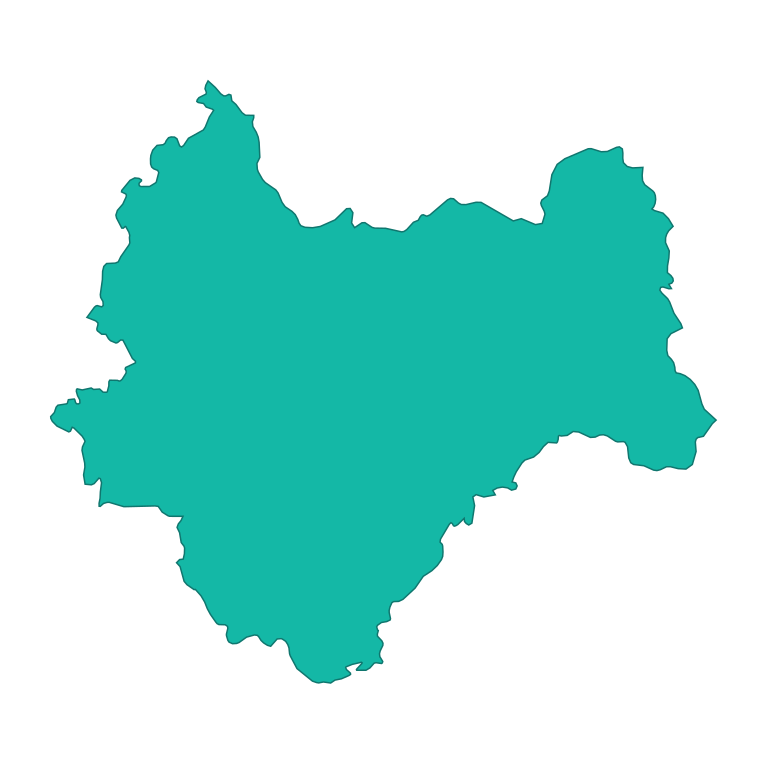 the Region of Bryansk, rotated 181°
{"feature_id": "RUS-2342", "entity_name": "Bryansk", "entity_type": "Region", "adm_level": 1, "iso_a3": "RUS", "parent_name": "Russia", "parent_adm1": "", "projection": "orthographic", "projection_center": [33.801, 52.93], "detail": "fine", "context": "isolated", "style": "filled", "palette": "teal", "viewbox_px": 768, "rotation_deg": 181, "n_neighbors": 0, "source": "natural_earth", "source_scale": "10m", "svg_char_len": 6119}
<svg xmlns="http://www.w3.org/2000/svg" viewBox="0 0 768 768"><g transform="rotate(181 384 384)"><path d="M290.0,275.0L293.2,272.6L291.3,264.0L293.7,246.4L296.8,244.5L299.3,245.9L301.1,247.9L301.5,251.1L307.8,244.7L309.8,243.5L311.3,243.1L312.1,243.6L313.3,245.7L314.7,246.5L316.3,244.8L324.8,229.9L325.2,226.9L323.0,224.7L322.5,223.0L322.1,217.0L322.3,212.7L323.5,209.4L327.6,203.4L332.9,198.2L341.4,192.4L349.4,180.4L361.3,169.0L365.5,166.9L370.6,166.6L372.3,165.5L374.2,161.0L374.9,157.6L374.8,155.5L373.4,149.5L373.7,148.2L377.1,146.5L382.4,145.5L386.2,142.7L387.1,141.1L386.2,138.1L385.4,137.4L386.3,133.8L386.1,131.7L381.7,127.2L380.5,124.8L380.6,122.6L383.2,116.9L383.8,114.2L383.4,111.3L380.4,106.5L380.8,105.1L381.6,104.5L387.1,105.2L389.0,104.7L393.1,99.9L397.0,97.5L406.3,97.3L406.6,97.9L406.2,98.6L401.3,104.1L401.1,105.0L401.8,105.4L410.9,103.1L417.1,100.5L417.4,99.8L416.6,97.9L412.5,94.3L412.4,93.0L414.0,91.9L421.4,88.5L427.8,87.1L432.1,84.1L439.4,85.0L444.0,84.0L446.2,84.3L450.4,85.7L466.0,97.9L473.0,110.6L473.7,112.6L474.4,118.5L475.7,121.9L477.8,125.0L481.0,127.1L482.3,127.6L486.4,127.2L492.7,119.8L496.0,120.7L499.8,123.0L502.5,125.5L504.9,129.2L506.3,130.5L509.2,130.8L517.0,128.5L524.4,123.0L526.9,122.0L530.9,121.7L534.4,123.2L535.6,124.9L537.1,129.6L537.2,131.1L535.9,136.9L536.2,138.9L538.5,140.5L544.9,140.6L546.7,141.5L548.0,143.0L553.4,150.4L556.7,156.2L559.5,162.9L563.3,169.1L569.0,175.3L570.3,175.1L577.5,179.9L580.4,183.2L584.7,197.9L588.3,201.7L585.3,204.9L581.7,205.4L580.6,210.7L580.5,216.5L581.1,218.3L584.0,222.0L585.8,231.8L588.4,237.0L587.2,240.5L584.5,244.0L582.7,248.2L596.1,248.0L597.7,248.5L603.5,252.0L607.6,257.7L610.8,258.1L642.0,256.8L656.7,260.9L658.8,260.8L662.3,259.7L665.6,256.7L666.7,256.8L666.8,259.8L665.9,264.7L665.7,271.3L664.7,280.4L666.0,284.4L667.4,284.9L672.0,279.4L674.8,278.1L681.1,278.6L682.8,287.8L681.6,295.7L681.9,299.8L684.8,312.4L684.4,315.8L681.9,321.5L682.9,323.6L684.9,326.6L693.3,334.6L695.0,335.3L696.7,331.4L698.3,330.6L710.2,336.2L714.9,340.8L716.5,343.8L716.7,345.6L713.1,349.7L711.4,355.1L709.7,357.1L701.1,358.6L700.3,359.1L699.3,362.8L693.4,363.6L692.9,363.0L692.1,360.2L691.1,358.9L689.2,358.7L687.7,359.7L687.9,362.8L690.2,367.0L691.5,371.3L691.3,373.2L690.7,373.8L685.6,372.8L676.7,374.9L674.3,373.5L668.2,374.0L664.7,370.9L661.1,370.9L660.5,371.6L659.1,377.3L659.1,381.4L658.3,383.0L650.7,383.0L648.8,382.3L647.5,382.7L645.9,384.1L642.1,390.4L642.0,392.6L643.1,394.4L642.6,396.0L632.9,400.8L632.9,402.4L636.0,405.1L645.8,423.3L648.1,423.4L651.1,420.8L652.7,420.3L658.2,422.5L660.2,424.4L662.9,428.8L667.2,428.9L671.4,432.1L672.0,433.1L672.0,434.6L671.1,438.1L671.1,440.1L673.4,442.1L682.2,445.4L674.9,455.7L673.4,457.0L672.1,457.4L667.6,456.2L666.1,457.6L666.4,461.5L668.8,465.6L669.2,468.4L667.4,483.3L667.3,491.8L666.2,496.7L663.5,499.6L654.7,500.2L651.8,501.5L649.4,506.7L641.5,518.5L640.6,520.6L641.1,525.9L640.8,528.2L641.7,531.3L644.9,536.8L645.5,537.0L647.3,535.3L648.9,535.3L654.3,545.3L655.0,548.2L653.6,552.9L648.3,559.3L645.1,566.5L644.9,568.4L645.5,569.5L649.8,571.5L649.6,573.0L641.5,583.2L636.8,585.7L632.5,585.3L630.1,583.9L630.0,582.9L632.2,580.7L632.5,579.7L632.1,578.0L630.6,577.2L621.8,577.4L615.8,581.2L615.2,582.0L612.9,591.5L614.0,593.6L618.1,595.2L620.1,596.9L621.2,599.9L621.4,605.0L621.1,608.5L619.3,613.8L615.1,618.6L609.0,619.4L607.1,620.9L605.9,623.6L603.7,626.5L601.2,627.3L597.7,627.2L595.3,625.6L592.5,618.6L590.6,617.4L588.5,619.0L583.8,626.3L569.1,634.8L567.2,637.8L563.3,647.9L559.1,654.7L560.4,655.8L566.6,657.8L569.3,661.3L574.7,662.2L576.1,663.2L575.7,664.9L574.0,667.1L567.0,670.8L566.7,672.6L568.1,676.0L567.4,679.6L565.2,684.0L557.9,677.6L552.3,671.3L549.3,669.3L547.3,669.3L544.1,670.9L542.1,670.2L541.1,664.5L536.9,660.9L530.7,652.8L527.2,650.3L518.9,650.3L518.9,647.9L520.2,643.9L519.6,639.2L516.1,633.5L514.1,628.7L513.1,623.5L512.1,608.4L514.9,602.3L514.4,596.6L513.5,594.0L509.0,586.4L506.2,583.3L495.5,576.1L493.2,573.1L489.1,563.8L485.9,559.5L479.0,555.0L475.7,551.8L473.1,547.1L471.7,543.3L469.9,540.8L465.7,539.3L458.1,539.0L450.5,540.4L435.9,547.2L424.5,558.6L420.9,558.9L418.1,554.7L419.2,544.4L416.1,539.8L408.9,544.8L405.9,545.0L398.7,540.4L395.9,539.7L385.1,539.7L368.9,536.4L366.6,536.9L363.9,538.8L357.4,546.2L352.6,548.3L350.6,552.1L349.3,553.5L347.7,553.9L344.1,552.5L341.0,553.9L323.7,569.2L320.7,570.7L317.6,570.4L312.7,566.2L309.9,564.8L305.1,564.8L295.2,567.3L290.1,567.3L257.6,549.3L249.6,551.7L235.4,546.0L228.6,547.3L226.0,556.6L226.8,559.5L229.8,565.3L230.4,567.6L229.4,570.7L223.8,575.1L222.1,579.9L219.8,596.2L214.7,606.6L207.1,612.4L183.9,622.8L180.8,622.9L170.8,620.0L164.7,620.4L155.6,624.7L152.8,625.2L149.8,623.2L149.2,619.0L149.2,613.9L148.5,609.5L144.6,605.7L139.2,604.4L128.9,605.1L129.5,597.1L129.0,591.7L126.8,587.8L118.6,581.7L117.1,580.0L116.0,577.1L115.6,573.3L116.1,569.3L117.4,565.9L119.2,563.7L116.6,562.1L108.0,559.7L102.5,554.3L97.7,546.7L102.0,542.2L103.9,538.9L105.0,535.2L105.0,530.3L101.1,522.0L101.4,515.0L102.6,507.0L102.6,500.3L99.0,497.4L97.0,494.7L96.6,492.1L98.0,489.9L101.0,488.7L98.3,484.4L100.8,484.2L106.8,485.9L109.1,485.4L109.9,482.7L107.7,479.7L101.9,474.3L99.8,470.9L95.3,459.8L88.3,449.6L86.6,445.3L97.9,439.4L101.7,434.2L101.9,422.7L100.7,417.3L97.1,413.7L94.8,410.4L93.5,405.8L93.2,402.4L92.0,400.2L88.0,399.5L83.2,397.6L77.9,393.9L73.2,388.9L69.8,383.2L65.8,369.6L63.3,364.3L51.3,353.7L55.0,350.1L63.7,337.3L69.4,335.9L71.0,334.2L71.7,331.4L70.8,321.9L74.3,308.9L80.6,304.2L88.4,304.5L96.2,306.3L100.1,306.2L106.3,303.1L109.6,302.2L112.9,302.6L122.7,306.8L133.1,307.9L135.9,309.6L138.0,314.3L139.4,325.6L141.9,329.9L143.6,330.6L149.4,330.2L151.5,330.8L159.8,336.0L163.7,337.1L167.6,336.7L171.9,334.6L176.7,334.2L188.5,339.4L194.1,339.8L199.9,335.8L205.9,335.1L207.9,335.6L208.7,334.9L208.9,331.6L209.6,329.1L210.4,328.1L219.0,328.5L223.5,324.2L227.7,318.3L233.1,313.6L241.8,310.4L244.8,307.3L250.2,298.6L252.5,293.5L254.2,288.3L250.5,287.4L249.1,284.4L250.4,281.3L254.6,280.1L258.6,282.3L263.8,283.0L269.0,282.0L273.4,279.5L270.8,275.1L282.2,272.8L290.0,275.0Z" fill="#14b8a6" stroke="#0f766e" stroke-width="1.5"/></g></svg>